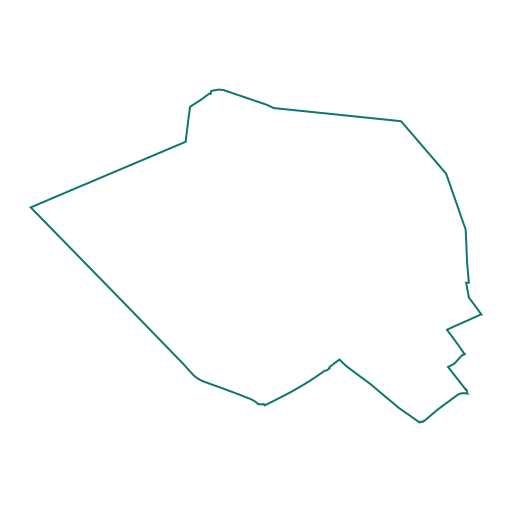 outline of Lelystad, Flevoland, Netherlands
{"feature_id": "6326949B53575024953728", "entity_name": "Lelystad", "entity_type": "district", "adm_level": 2, "iso_a3": "NLD", "parent_name": "Netherlands", "parent_adm1": "Flevoland", "projection": "robinson", "projection_center": [5.465, 52.539], "detail": "fine", "context": "isolated", "style": "outline", "palette": "teal", "viewbox_px": 512, "rotation_deg": 0, "n_neighbors": 0, "source": "geoboundaries", "source_scale": "gbopen_adm2", "svg_char_len": 5018}
<svg xmlns="http://www.w3.org/2000/svg" viewBox="0 0 512 512"><path d="M264.7,405.3L265.7,404.8L266.8,404.3L268.0,403.7L269.3,403.1L270.6,402.4L271.9,401.8L272.4,401.5L273.1,401.2L274.1,400.7L275.2,400.1L276.2,399.6L277.3,399.1L278.3,398.6L279.3,398.0L280.4,397.5L281.4,397.0L282.5,396.4L284.6,395.3L285.6,394.8L286.6,394.3L287.7,393.7L288.7,393.2L289.7,392.6L290.8,392.1L291.8,391.5L292.8,390.9L293.8,390.4L294.8,389.8L295.8,389.2L296.4,388.9L296.8,388.7L297.8,388.1L298.8,387.5L299.8,386.9L300.8,386.4L301.1,386.2L302.3,385.5L303.4,384.8L304.5,384.2L305.4,383.6L306.3,383.0L307.2,382.4L307.7,382.1L308.1,381.9L308.8,381.5L309.9,380.8L310.7,380.3L311.5,379.7L313.0,378.8L314.3,377.9L315.8,376.9L316.7,376.3L317.8,375.5L318.7,374.9L320.1,373.9L320.5,373.7L322.1,372.6L324.4,370.9L326.7,370.4L329.6,368.3L329.4,367.2L331.9,365.3L335.7,362.3L336.4,361.8L337.7,360.8L338.5,360.3L339.4,359.5L339.5,359.5L340.6,360.7L342.1,362.1L345.0,365.0L345.8,365.7L346.2,366.0L346.6,366.3L346.9,366.6L347.2,366.8L347.6,367.1L349.2,368.3L353.7,371.7L358.3,375.1L362.9,378.5L367.5,381.9L369.4,383.3L370.2,383.9L371.3,384.8L374.2,387.2L377.1,389.7L380.2,392.3L382.7,394.4L382.8,394.5L384.2,395.7L384.3,395.7L384.4,395.8L386.8,397.8L389.9,400.4L392.9,402.9L397.4,406.7L397.7,406.9L397.9,407.1L398.3,407.4L398.7,407.8L399.1,408.1L399.5,408.4L400.0,408.7L402.0,410.1L402.8,410.7L404.8,412.1L409.0,415.0L412.7,417.6L412.8,417.7L419.5,422.4L420.3,421.7L420.7,422.0L420.8,422.0L421.0,422.1L421.4,422.0L422.5,421.6L422.8,421.5L423.1,421.7L423.3,421.5L424.0,421.0L424.0,420.9L424.3,420.9L429.6,416.4L430.2,415.9L430.8,415.4L431.4,414.9L432.2,414.2L436.3,410.7L436.7,410.4L437.0,410.1L437.4,409.8L437.9,409.5L438.2,409.2L438.6,408.9L440.2,407.7L440.6,407.4L443.0,405.6L445.8,403.5L446.0,403.4L446.1,403.2L446.8,402.8L446.9,402.7L448.6,401.5L451.4,399.4L453.2,398.1L454.2,397.3L454.6,397.0L455.2,396.6L456.3,395.8L457.1,395.3L457.7,394.8L458.0,394.6L458.3,394.5L458.6,394.3L458.9,394.2L459.2,394.0L459.5,393.9L459.8,393.8L460.1,393.7L460.4,393.6L460.7,393.6L461.0,393.5L461.4,393.4L461.7,393.4L462.1,393.3L462.5,393.3L462.9,393.2L463.2,393.2L463.6,393.2L464.0,393.2L464.4,393.2L464.7,393.3L465.1,393.3L466.0,393.4L466.3,393.4L467.1,393.5L467.0,393.4L466.9,393.4L467.1,392.5L467.1,392.3L467.1,392.0L467.1,391.8L467.1,391.5L467.0,391.3L466.9,391.0L466.7,390.8L466.6,390.6L466.0,389.9L465.9,389.8L466.2,389.6L465.7,389.0L465.3,389.0L464.8,388.4L458.7,380.5L454.1,374.7L453.5,373.9L452.7,372.9L452.3,372.3L452.1,372.1L451.6,371.5L448.7,367.7L448.2,367.2L448.0,366.9L450.6,365.6L451.8,365.1L452.1,364.9L452.4,364.8L452.7,364.6L453.0,364.4L453.3,364.2L453.6,364.1L454.1,363.7L454.3,363.5L454.5,363.4L454.8,363.2L455.0,363.0L455.2,362.7L455.4,362.5L455.7,362.3L455.9,362.0L456.1,361.7L458.3,359.3L459.5,357.9L459.8,357.6L460.2,357.1L460.5,356.9L460.8,356.5L461.0,356.3L461.2,356.1L461.4,355.9L461.7,355.8L462.0,355.5L462.3,355.3L462.7,355.1L463.1,354.9L463.8,354.6L464.4,354.3L464.8,354.1L464.6,353.8L464.2,353.5L464.0,353.3L463.9,353.2L462.5,351.1L461.5,349.7L460.5,348.3L459.4,346.6L459.0,346.0L458.6,345.4L458.2,344.9L457.9,344.6L455.1,340.7L453.3,338.3L453.1,338.0L451.2,335.4L450.2,334.1L449.0,332.5L447.0,329.8L447.0,329.7L449.9,328.4L453.1,326.9L456.4,325.5L459.6,324.0L466.1,321.1L469.4,319.7L471.0,318.9L472.6,318.2L475.9,316.8L479.1,315.3L481.1,314.4L481.3,314.4L475.1,305.9L469.0,297.7L468.9,297.6L466.2,283.0L466.1,282.8L468.9,282.7L468.0,272.9L467.1,262.7L466.7,253.6L466.4,245.3L465.7,230.3L465.6,229.2L464.4,226.0L461.5,217.8L457.9,207.3L457.0,204.7L456.9,204.4L455.6,200.8L454.4,197.3L453.7,195.4L453.0,193.4L449.7,183.9L446.1,173.6L401.0,121.2L275.9,108.3L273.7,108.1L271.6,107.0L267.1,104.9L223.3,90.0L218.4,89.6L211.5,90.9L211.4,90.9L211.3,91.3L211.1,91.9L210.8,93.0L210.7,93.3L210.5,93.8L210.5,94.0L209.3,93.6L201.9,99.1L195.6,103.2L191.8,105.6L190.0,106.9L188.7,117.0L188.3,120.0L185.6,141.8L164.3,150.8L136.8,162.4L103.0,176.7L86.4,183.8L82.2,185.5L30.7,207.4L56.4,233.7L98.9,277.2L127.2,306.2L175.5,355.9L182.9,363.5L186.4,367.4L190.5,371.9L192.5,374.1L192.9,374.5L193.3,374.9L193.6,375.2L194.1,375.7L194.5,376.0L194.9,376.4L195.3,376.7L195.8,377.1L196.2,377.4L196.7,377.8L197.2,378.1L197.6,378.4L198.1,378.7L198.6,379.0L199.1,379.3L199.6,379.6L200.1,379.9L200.6,380.1L201.1,380.4L201.7,380.7L202.2,380.9L202.7,381.1L203.3,381.4L203.9,381.6L204.1,381.7L205.5,382.2L205.8,382.3L206.6,382.6L220.7,387.7L227.3,390.1L230.1,391.2L233.0,392.2L235.8,393.3L236.6,393.6L237.1,393.8L238.1,394.2L238.6,394.3L241.4,395.4L244.1,396.5L246.9,397.6L248.1,398.1L248.7,398.3L249.2,398.5L249.8,398.7L250.3,399.0L250.7,399.1L251.2,399.4L251.7,399.6L252.3,399.9L252.8,400.2L253.3,400.5L253.8,400.7L254.3,401.0L254.7,401.4L255.2,401.7L255.7,402.0L256.1,402.3L256.6,402.7L257.0,403.0L257.4,403.4L257.8,403.7L258.2,404.1L258.4,404.3L258.5,404.3L258.7,404.2L259.2,404.1L259.3,404.1L259.8,404.2L260.5,404.3L261.6,404.4L261.9,404.4L262.1,404.4L262.5,404.4L262.8,404.3L263.2,404.2L263.7,404.0L264.7,405.3Z" fill="none" stroke="#0f766e" stroke-width="2"/></svg>